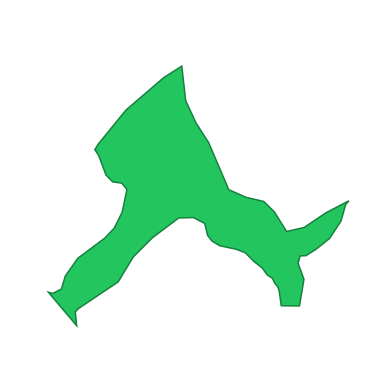 Metlika, Equal Earth projection, rotated 263°
{"feature_id": "SVN-969", "entity_name": "Metlika", "entity_type": "Municipality", "adm_level": 1, "iso_a3": "SVN", "parent_name": "Slovenia", "parent_adm1": "", "projection": "equal_earth", "projection_center": [15.277, 45.643], "detail": "fine", "context": "isolated", "style": "filled", "palette": "green", "viewbox_px": 384, "rotation_deg": 263, "n_neighbors": 0, "source": "natural_earth", "source_scale": "10m", "svg_char_len": 918}
<svg xmlns="http://www.w3.org/2000/svg" viewBox="0 0 384 384"><g transform="rotate(263 192 192)"><path d="M110.0,37.3L108.3,41.4L111.6,50.5L124.0,56.0L140.1,70.5L156.8,99.7L165.6,110.4L180.6,120.3L202.5,127.7L209.4,123.3L211.7,114.5L219.3,108.7L239.6,103.8L245.9,100.7L251.1,104.9L278.3,133.2L281.5,136.6L309.0,177.9L318.2,197.2L283.4,196.9L260.0,204.4L239.1,214.5L189.8,228.8L180.1,245.0L173.8,262.2L162.3,271.3L141.3,281.1L143.1,298.9L155.0,322.3L164.2,346.7L163.3,345.7L160.8,343.0L145.1,336.4L129.2,323.0L120.1,308.2L114.9,297.3L115.4,291.6L108.4,288.6L91.7,292.5L65.8,284.8L68.2,266.7L82.8,266.5L87.0,265.8L91.4,263.0L96.4,261.4L100.6,256.5L108.1,252.4L115.4,245.1L125.1,237.6L129.8,228.9L135.2,213.1L140.7,206.0L147.0,202.2L159.2,200.8L166.5,190.2L167.8,175.6L151.4,147.1L134.7,125.8L111.8,107.8L90.2,65.2L87.3,61.6L73.4,61.2L108.5,38.2L110.0,37.3Z" fill="#22c55e" stroke="#15803d" stroke-width="1.5"/></g></svg>